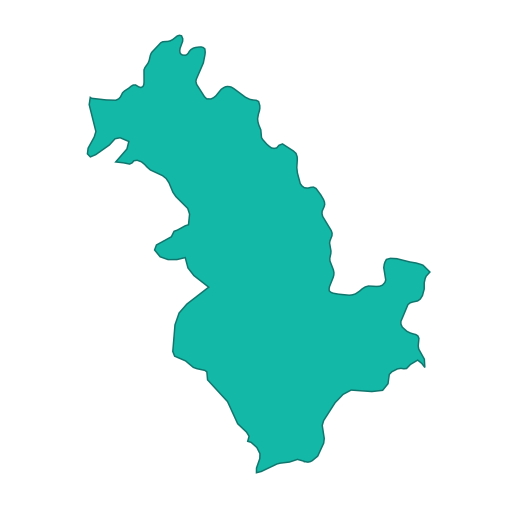 the border of Hautes-Alpes, rotated 93°
{"feature_id": "FRA-5304", "entity_name": "Hautes-Alpes", "entity_type": "Metropolitan department", "adm_level": 1, "iso_a3": "FRA", "parent_name": "France", "parent_adm1": "", "projection": "albers", "projection_center": [6.118, 44.657], "detail": "fine", "context": "isolated", "style": "filled", "palette": "teal", "viewbox_px": 512, "rotation_deg": 93, "n_neighbors": 0, "source": "natural_earth", "source_scale": "10m", "svg_char_len": 3850}
<svg xmlns="http://www.w3.org/2000/svg" viewBox="0 0 512 512"><g transform="rotate(93 256 256)"><path d="M468.0,234.1L470.9,239.4L472.4,244.2L467.7,244.4L458.1,241.6L453.2,241.7L447.2,245.1L442.3,251.2L441.5,254.6L436.4,253.5L432.3,256.3L424.5,265.5L402.9,276.8L382.2,297.9L374.3,299.0L372.9,301.1L371.6,309.2L370.5,312.8L364.4,320.9L360.3,332.0L355.7,334.1L329.0,333.3L316.9,329.8L307.6,322.5L289.6,301.6L278.8,317.0L271.5,323.3L261.3,326.6L263.7,334.8L264.2,343.6L261.8,351.7L255.3,357.6L250.2,356.0L241.2,341.5L235.6,339.1L234.3,336.0L229.5,328.2L228.3,325.0L228.2,325.0L227.9,325.0L227.7,325.0L227.4,325.0L227.2,325.0L226.7,325.0L226.3,324.9L226.0,324.9L225.7,324.9L225.4,324.9L225.1,324.9L224.8,324.9L224.5,324.9L224.2,324.8L223.9,324.8L223.6,324.8L223.2,324.8L222.9,324.8L222.6,324.8L222.3,324.7L221.9,324.7L221.6,324.7L221.3,324.7L221.0,324.7L220.7,324.7L220.4,324.7L220.1,324.6L219.8,324.6L219.6,324.6L219.3,324.6L219.1,324.6L218.9,324.6L218.6,324.6L218.4,324.6L218.1,324.5L217.9,324.5L217.7,324.5L212.0,326.7L200.9,339.1L196.7,342.3L187.5,346.7L183.3,349.8L180.6,353.6L175.6,366.0L173.1,369.2L170.3,372.1L167.9,375.4L166.6,379.7L167.3,383.0L169.4,384.5L170.8,387.0L169.9,393.1L169.4,401.0L155.9,390.5L148.3,389.0L145.0,397.9L146.3,402.9L152.8,408.2L163.2,421.4L165.7,426.6L162.8,429.7L157.1,429.3L145.7,423.8L140.1,422.4L113.6,430.5L106.3,429.8L107.1,428.5L108.0,413.9L107.8,404.1L106.2,401.3L104.3,399.7L100.0,397.8L98.1,396.0L94.9,391.6L93.0,389.6L91.7,387.6L91.5,385.2L93.2,382.1L93.8,379.7L92.7,377.8L90.7,377.0L88.3,376.9L76.0,377.6L73.7,376.8L68.9,373.8L66.2,372.9L61.1,372.0L59.3,371.4L58.0,370.7L48.1,362.3L47.0,360.5L46.7,358.7L46.3,355.1L45.6,352.9L44.2,350.5L40.4,346.2L39.6,344.0L40.0,341.9L42.9,340.5L45.4,340.5L52.6,342.7L55.0,342.9L57.1,342.5L58.6,341.2L59.2,339.8L59.2,337.0L58.6,335.7L57.1,334.3L55.1,333.3L53.2,331.7L51.7,329.5L50.9,327.1L50.4,324.3L50.1,321.8L50.6,319.6L51.9,317.9L55.1,317.4L57.7,317.5L66.0,318.7L82.4,324.8L84.7,325.2L87.7,324.3L99.6,315.8L101.7,313.4L101.5,309.2L100.1,306.6L98.1,304.4L91.4,299.5L89.6,297.1L88.7,295.5L88.2,293.4L88.3,291.3L88.6,289.6L90.0,286.9L98.0,274.9L99.9,270.4L100.4,266.7L100.5,263.9L101.6,261.5L105.6,260.1L108.4,259.9L110.9,260.2L114.1,261.0L118.9,261.6L121.9,261.1L125.2,260.0L129.8,257.8L137.5,256.7L139.5,255.3L143.8,251.1L145.8,248.5L147.3,246.1L147.6,243.5L147.0,241.0L144.2,238.8L142.7,235.4L149.2,224.1L151.5,221.4L154.8,220.1L157.6,219.8L165.6,219.9L170.9,219.0L181.4,215.6L183.7,213.7L185.3,211.3L185.5,207.7L184.6,205.0L184.2,202.2L185.4,199.6L191.6,194.5L196.0,191.6L198.4,190.5L200.9,190.1L203.3,190.6L207.8,192.3L210.3,192.3L213.0,191.5L226.7,182.2L229.2,181.2L231.8,181.2L236.8,182.9L239.2,183.2L247.1,181.4L249.6,181.4L254.5,182.2L257.1,181.9L265.8,178.0L268.5,177.3L270.9,177.3L273.3,177.8L282.7,181.0L285.0,181.3L287.0,181.0L288.3,179.4L289.1,177.2L289.8,171.7L290.3,160.8L289.8,157.9L288.7,154.8L285.7,150.8L283.2,148.2L281.2,145.3L280.1,142.1L280.1,133.9L279.7,130.8L278.5,128.2L275.7,125.9L273.1,125.2L261.0,127.8L257.6,127.5L255.1,126.8L252.6,125.6L251.3,121.6L251.3,115.3L253.9,102.1L254.6,95.8L255.8,90.8L256.5,88.7L262.9,81.5L267.2,85.0L269.7,85.9L273.9,86.6L280.2,86.3L286.8,87.7L290.4,89.7L292.4,92.2L293.8,97.3L294.7,99.6L296.5,101.7L313.8,107.9L316.5,107.7L319.4,106.2L323.3,101.4L324.8,97.9L325.6,94.8L326.1,92.3L327.3,90.2L329.7,89.0L337.4,89.3L340.5,88.6L350.2,82.5L358.1,81.6L358.5,81.5L354.6,84.8L351.5,89.1L356.2,96.1L360.5,99.8L360.9,102.5L360.6,105.4L361.3,108.8L364.5,114.3L367.3,116.7L376.6,117.5L383.5,122.5L385.3,133.2L384.9,154.0L389.6,161.8L398.3,169.3L416.7,179.8L421.7,181.0L434.7,178.3L439.3,178.6L452.6,183.9L457.4,189.1L458.5,191.0L459.1,193.2L459.1,194.3L458.8,195.3L458.9,197.1L458.4,197.4L457.1,203.3L456.9,203.8L460.0,211.8L461.6,221.0L462.6,224.2L468.0,234.1Z" fill="#14b8a6" stroke="#0f766e" stroke-width="1.5"/></g></svg>